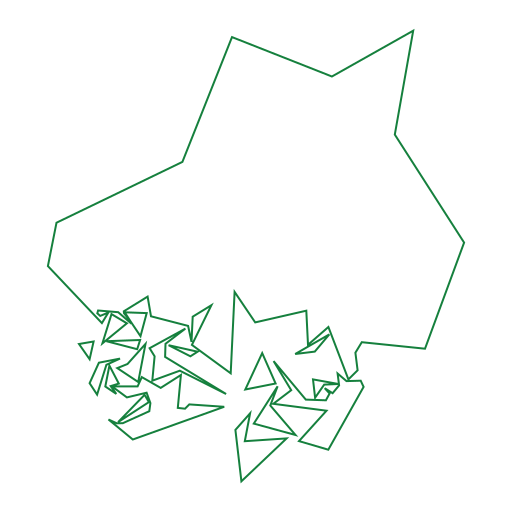 the district of San Lorenzo, Valle, Honduras
{"feature_id": "27666195B73827570061080", "entity_name": "San Lorenzo", "entity_type": "district", "adm_level": 2, "iso_a3": "HND", "parent_name": "Honduras", "parent_adm1": "Valle", "projection": "orthographic", "projection_center": [-87.426, 13.441], "detail": "medium", "context": "isolated", "style": "outline", "palette": "green", "viewbox_px": 512, "rotation_deg": 0, "n_neighbors": 0, "source": "geoboundaries", "source_scale": "gbopen_adm2", "svg_char_len": 1892}
<svg xmlns="http://www.w3.org/2000/svg" viewBox="0 0 512 512"><path d="M413.2,30.7L331.9,76.5L232.0,37.1L182.4,161.9L56.5,222.7L47.9,266.1L101.9,323.1L108.3,312.6L100.2,315.9L97.3,313.3L98.1,310.5L118.2,312.2L129.5,322.0L129.0,319.5L124.0,313.2L123.8,311.3L147.6,296.6L151.0,316.3L188.1,325.9L191.5,341.9L192.7,316.7L211.4,305.2L191.9,344.9L230.7,373.3L234.6,291.9L255.2,322.4L306.3,310.7L308.0,344.8L328.4,327.0L348.4,379.4L357.6,370.3L355.4,352.7L361.8,342.2L425.0,348.7L464.1,242.6L394.8,134.6L413.2,30.7ZM305.8,399.6L273.6,361.1L291.2,390.2L273.3,403.8L326.5,410.7L299.0,441.1L328.3,449.7L363.6,386.9L360.7,380.7L346.5,381.1L337.6,373.5L339.1,385.4L332.6,393.2L324.7,388.2L329.6,393.5L325.9,400.3L305.8,399.6ZM137.6,386.4L112.0,386.4L126.9,397.4L146.6,392.7L150.4,403.1L149.3,411.2L122.8,423.2L116.8,423.3L108.5,419.5L132.8,439.5L224.2,406.8L189.3,404.4L185.0,408.7L177.8,407.9L180.9,375.0L160.7,387.9L141.8,377.1L137.6,386.4ZM149.6,348.2L154.6,356.3L152.3,380.7L179.8,370.7L226.1,394.0L165.1,356.9L165.5,343.8L185.4,328.6L149.6,348.2ZM235.4,429.9L241.4,481.3L286.6,438.4L244.8,441.2L250.1,413.3L235.4,429.9ZM277.6,386.3L253.8,423.6L295.5,435.0L270.3,405.5L277.6,386.3ZM245.3,389.5L275.6,383.5L262.2,353.1L245.3,389.5ZM144.6,394.8L118.1,422.1L148.9,402.1L144.6,394.8ZM145.5,343.9L127.5,364.0L117.3,368.1L138.2,382.0L145.5,343.9ZM313.0,379.4L315.1,397.7L324.2,384.6L338.5,384.0L313.0,379.4ZM98.9,362.7L89.6,383.2L97.1,394.6L106.4,364.8L120.0,358.6L98.9,362.7ZM111.5,314.1L102.4,343.4L126.9,323.3L111.5,314.1ZM106.4,341.2L137.2,349.2L140.1,340.0L106.4,341.2ZM130.5,321.3L140.5,336.2L146.7,313.1L124.7,312.3L130.5,321.3ZM314.8,351.6L329.3,334.4L295.2,354.0L314.8,351.6ZM168.6,345.2L190.4,356.3L197.6,351.7L168.6,345.2ZM105.3,386.5L116.3,393.9L110.7,386.1L118.8,383.6L109.4,365.6L105.3,386.5ZM79.0,344.0L89.6,359.2L93.6,341.5L79.0,344.0Z" fill="none" stroke="#15803d" stroke-width="2"/></svg>